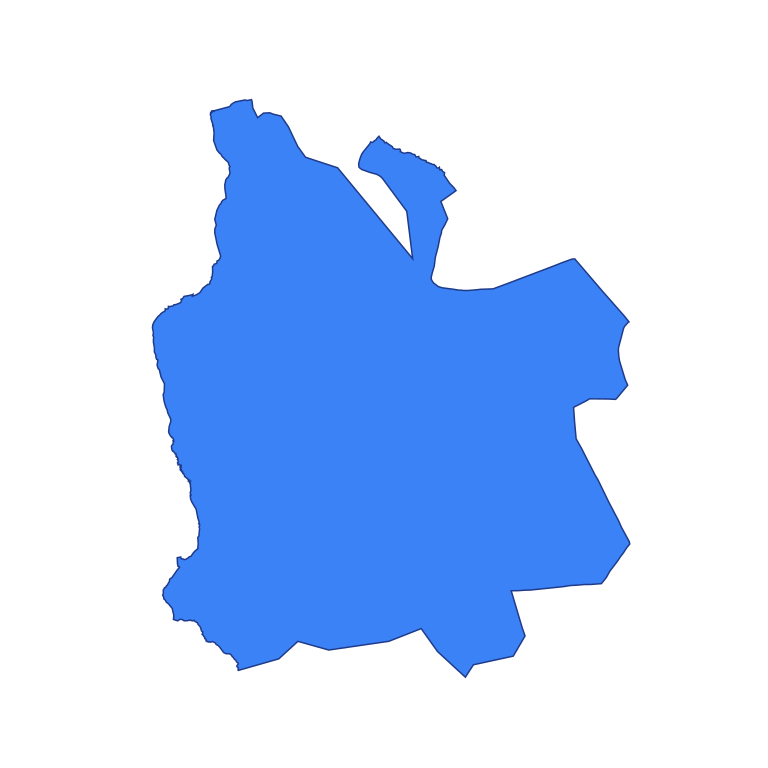 Leikanger nor, Sogn og Fjordane, Norway, rotated 81°
{"feature_id": "86288312B45194793520857", "entity_name": "Leikanger nor", "entity_type": "district", "adm_level": 2, "iso_a3": "NOR", "parent_name": "Norway", "parent_adm1": "Sogn og Fjordane", "projection": "orthographic", "projection_center": [6.794, 61.244], "detail": "fine", "context": "isolated", "style": "filled", "palette": "blue", "viewbox_px": 768, "rotation_deg": 81, "n_neighbors": 0, "source": "geoboundaries", "source_scale": "gbopen_adm2", "svg_char_len": 6130}
<svg xmlns="http://www.w3.org/2000/svg" viewBox="0 0 768 768"><g transform="rotate(81 384 384)"><path d="M204.3,282.6L201.1,284.2L196.0,287.8L187.2,291.9L184.8,291.1L183.0,293.0L181.2,293.5L181.3,295.3L178.6,295.4L179.1,296.3L179.1,297.2L178.7,298.1L176.9,298.7L176.0,299.6L175.1,300.1L174.7,301.9L173.8,302.9L173.0,304.7L172.1,305.6L171.7,307.5L169.9,307.5L169.7,309.0L169.1,309.4L168.7,311.2L166.9,313.1L166.5,314.0L164.7,314.1L164.8,316.8L162.1,317.8L161.7,319.6L160.0,321.5L159.1,324.2L159.3,327.9L158.4,329.7L157.5,330.7L157.1,331.6L156.2,331.2L155.3,331.2L154.4,331.7L154.1,335.3L152.8,338.1L151.0,338.6L146.6,343.3L145.7,343.8L145.8,345.6L144.0,346.1L141.4,348.9L138.5,350.2L140.2,352.5L141.5,353.6L142.2,355.3L143.4,357.2L143.6,357.9L142.8,359.2L143.1,359.5L144.7,360.6L151.3,368.0L153.4,370.0L157.9,372.6L162.5,374.6L165.8,374.8L167.3,373.8L168.8,372.2L172.8,364.9L175.6,358.7L177.2,356.4L179.1,354.5L181.4,353.0L217.0,334.5L264.7,336.1L163.2,396.0L147.8,426.0L136.0,432.0L115.0,438.2L103.3,443.7L100.2,451.1L98.3,454.3L97.6,460.6L101.2,467.1L90.8,470.4L83.7,470.1L82.4,470.5L82.6,474.9L81.7,476.8L82.1,486.8L83.1,489.4L84.0,491.2L85.9,493.0L87.5,508.8L87.7,508.7L88.1,509.0L87.8,509.5L87.5,508.9L87.5,510.1L87.8,510.2L87.6,510.5L88.6,511.4L86.7,511.4L88.5,511.7L88.6,511.8L88.5,512.4L88.6,512.7L90.9,513.4L92.9,512.9L94.6,513.4L101.9,512.3L101.9,512.7L104.3,512.3L109.7,512.6L116.8,514.2L126.7,512.4L130.1,510.5L131.7,509.0L133.5,508.5L137.7,505.6L140.6,503.2L144.3,502.6L145.2,502.1L145.7,502.8L147.5,503.2L151.1,503.0L153.0,503.9L155.4,505.7L156.2,507.0L157.6,508.3L162.4,510.1L166.6,510.6L173.8,510.7L176.0,510.9L177.3,514.4L178.7,516.0L180.0,516.6L181.6,518.6L186.2,521.8L194.9,525.4L200.9,524.8L204.4,526.8L208.1,527.5L219.9,527.0L232.1,525.3L234.5,526.6L235.9,527.9L236.4,529.7L238.2,530.1L238.7,530.5L239.2,533.2L240.4,533.6L241.1,535.0L246.4,535.7L251.0,536.9L251.7,537.9L253.4,537.7L255.8,539.9L257.6,540.3L258.1,540.8L258.1,542.6L261.0,547.9L264.8,551.4L265.7,553.2L266.7,555.9L267.3,559.5L265.5,558.7L266.0,560.5L266.2,567.8L268.1,569.5L268.6,571.3L269.5,570.8L271.8,572.1L272.9,576.6L273.0,579.3L273.9,580.2L274.0,583.8L273.6,584.8L275.4,585.2L275.9,585.6L276.0,587.4L275.5,588.3L277.4,588.7L277.8,589.2L278.8,591.9L279.8,593.6L280.7,594.5L281.7,596.3L285.0,599.8L286.9,601.6L289.4,603.1L292.2,603.9L297.6,603.7L299.5,604.6L302.3,604.2L303.5,604.7L306.7,605.2L312.2,605.1L316.5,605.8L319.6,604.8L322.0,605.1L324.2,604.7L324.5,603.8L325.0,603.6L330.0,605.2L333.6,604.6L334.6,603.7L342.3,603.1L349.4,600.8L357.7,602.4L360.1,603.8L366.5,603.9L372.2,603.2L375.8,602.2L378.6,602.1L385.1,600.2L387.5,600.4L392.3,602.8L397.5,604.2L398.8,604.1L401.9,603.0L403.8,601.8L403.7,601.3L405.9,600.5L406.5,600.6L406.7,601.1L407.5,600.6L407.7,601.1L408.1,600.9L409.1,601.5L410.3,601.7L410.7,602.0L410.9,602.6L412.3,603.7L415.5,603.8L417.2,603.3L417.2,602.7L418.5,602.1L419.7,601.2L420.4,601.2L420.7,600.8L420.5,600.5L422.1,600.1L422.1,599.8L422.6,600.8L423.9,600.1L423.9,599.5L425.9,599.2L426.4,599.9L427.5,599.3L428.7,599.4L429.4,600.3L431.7,600.0L431.3,598.9L432.0,598.7L432.1,597.8L432.5,597.7L432.4,597.1L432.6,597.0L433.8,597.3L434.0,599.1L434.2,598.4L434.7,598.3L435.0,597.7L435.3,598.2L436.2,598.7L437.2,598.5L437.0,597.6L438.1,597.7L438.0,597.2L438.7,596.9L439.2,597.2L439.4,596.7L440.9,596.7L441.1,596.0L443.1,595.4L443.7,595.5L444.4,595.2L444.7,594.5L445.5,594.2L447.4,592.3L447.8,592.5L448.2,591.8L448.3,592.1L449.2,591.8L449.3,591.5L449.4,591.9L449.6,591.5L450.2,591.7L451.0,591.5L450.9,591.0L451.3,591.3L452.5,590.8L452.6,591.0L453.5,591.1L457.3,591.2L459.8,591.6L460.5,592.3L462.7,592.4L463.0,592.0L464.0,592.2L464.2,592.5L464.1,592.8L467.0,593.0L470.1,592.4L478.5,589.1L487.5,588.8L491.0,588.2L492.8,588.5L493.2,588.9L493.3,588.8L493.3,588.2L494.6,588.1L496.2,589.0L497.7,588.7L505.1,590.6L506.4,591.9L512.9,592.5L516.1,593.4L517.5,593.5L519.1,596.4L521.3,599.1L524.1,601.7L524.2,603.5L525.0,604.3L526.1,607.1L526.2,608.9L525.3,609.9L524.9,611.7L523.1,611.8L523.2,615.4L529.2,616.1L531.9,616.0L532.2,615.2L533.0,614.6L535.4,617.4L542.1,623.8L543.2,626.2L545.5,626.9L548.9,629.7L549.6,630.8L550.3,631.0L551.0,632.8L551.9,633.3L553.0,634.3L556.5,634.7L557.9,635.7L559.7,635.0L561.9,635.0L563.3,633.8L565.3,633.2L567.5,631.2L572.5,628.3L579.7,627.8L583.6,628.8L585.6,625.0L585.5,624.3L584.7,622.9L584.6,621.2L585.4,619.7L586.0,619.3L586.6,618.3L586.9,616.4L587.0,614.7L586.8,613.8L587.1,613.1L586.9,612.5L587.0,611.8L587.6,611.2L588.1,609.7L587.6,608.6L589.1,607.7L590.6,605.6L592.6,605.2L594.0,604.0L595.9,603.3L599.3,602.9L600.7,601.7L602.8,602.8L603.3,602.1L604.9,601.6L606.0,600.8L607.4,600.9L608.1,599.9L609.0,599.7L609.8,600.0L610.1,599.8L610.2,599.2L610.8,599.0L610.9,598.2L611.5,597.4L611.5,596.7L611.8,595.9L611.8,595.2L611.7,594.5L611.5,593.9L612.0,592.9L613.6,591.0L615.0,590.5L616.4,588.7L617.7,587.7L624.1,584.4L625.7,582.2L626.0,580.0L626.5,578.6L627.2,577.6L629.3,576.6L631.3,575.2L632.5,574.8L633.8,573.4L635.2,573.2L637.1,571.7L638.2,572.0L638.7,572.9L639.6,573.5L640.3,573.4L641.5,572.3L643.8,572.9L644.1,572.7L639.0,530.9L624.7,509.3L638.1,480.2L638.9,419.5L631.4,385.5L656.6,373.0L686.3,349.5L675.3,339.6L673.0,298.9L654.9,284.1L646.7,285.6L608.1,290.7L609.1,283.9L609.7,277.0L610.4,271.7L612.2,238.7L612.2,231.6L612.9,224.6L613.4,217.3L614.3,211.5L615.2,200.5L609.9,194.7L604.1,190.1L595.6,181.2L591.3,177.2L588.1,173.8L583.8,170.0L580.5,166.3L578.1,166.4L562.6,171.9L555.8,173.7L536.0,180.4L512.3,187.6L506.8,189.8L478.4,199.0L468.2,202.8L451.4,201.7L436.7,200.4L432.0,186.1L430.8,183.2L433.9,164.8L435.4,157.8L435.0,156.9L423.3,143.5L417.2,145.1L398.7,147.7L394.0,147.8L387.8,147.3L384.6,146.6L366.6,138.7L365.0,137.6L361.4,133.4L361.0,132.3L354.3,136.1L327.2,153.3L290.3,176.0L290.0,178.6L292.0,189.0L293.9,197.5L304.1,246.4L307.1,261.5L305.6,273.4L305.4,278.3L304.8,286.1L304.2,290.3L303.5,292.7L303.0,295.3L301.0,301.5L298.1,311.4L296.3,315.1L292.2,319.0L290.3,320.1L287.6,321.0L285.3,320.4L281.9,319.0L275.4,315.9L267.0,313.5L256.7,309.0L247.9,305.8L243.9,303.7L241.2,303.0L236.7,299.3L230.8,295.2L212.6,299.3L204.3,282.6Z" fill="#3b82f6" stroke="#1e3a8a" stroke-width="1.5"/></g></svg>